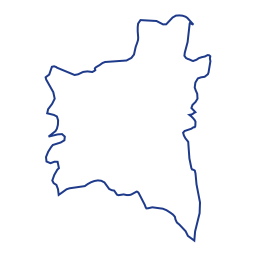 map outline of Al Gharbiyah (Equal Earth projection)
{"feature_id": "EGY-1530", "entity_name": "Al Gharbiyah", "entity_type": "Governorate", "adm_level": 1, "iso_a3": "EGY", "parent_name": "Egypt", "parent_adm1": "", "projection": "equal_earth", "projection_center": [31.057, 30.849], "detail": "fine", "context": "isolated", "style": "outline", "palette": "blue", "viewbox_px": 256, "rotation_deg": 0, "n_neighbors": 0, "source": "natural_earth", "source_scale": "10m", "svg_char_len": 2106}
<svg xmlns="http://www.w3.org/2000/svg" viewBox="0 0 256 256"><path d="M118.4,195.2L117.0,194.7L114.2,190.6L111.8,190.2L109.2,189.0L104.4,182.4L101.3,180.8L97.9,180.4L94.4,181.0L91.1,182.2L87.8,184.0L84.8,186.1L69.5,188.3L66.5,189.3L62.5,192.2L58.7,194.9L58.0,189.2L56.4,184.9L53.7,183.2L52.3,180.5L54.3,174.9L57.3,169.7L58.9,168.2L57.6,161.8L54.5,161.7L50.5,163.2L46.5,161.5L46.0,157.1L48.2,151.7L51.1,147.1L52.8,145.0L60.7,142.5L64.4,140.3L64.8,136.6L62.0,134.1L57.7,134.4L48.6,136.6L55.5,131.1L56.9,128.7L57.9,124.8L58.1,120.3L56.9,116.5L53.8,114.9L47.2,113.3L48.1,109.2L52.1,103.9L54.7,98.7L53.3,92.2L46.2,79.6L45.6,77.3L49.2,74.6L51.9,66.8L54.1,66.3L56.3,67.1L57.0,67.7L74.6,75.0L78.1,74.3L83.2,71.9L87.5,71.4L92.3,72.0L94.5,70.8L95.3,70.1L94.8,68.6L95.1,68.0L96.3,67.0L99.6,65.1L102.5,63.0L105.1,62.0L126.5,60.5L131.4,57.9L134.0,54.5L135.7,46.8L137.0,43.3L138.0,40.1L138.2,37.8L137.7,31.3L137.7,27.2L138.1,23.6L140.5,20.1L156.5,21.0L163.1,24.4L166.2,24.3L172.6,17.5L176.0,15.6L179.4,15.4L182.6,15.7L185.5,16.7L187.3,17.9L193.4,24.6L191.4,23.8L190.9,23.2L190.1,22.6L189.7,23.4L187.6,42.1L184.8,52.6L184.4,55.8L186.0,58.0L187.7,58.9L189.5,59.5L192.3,60.8L193.1,61.0L196.4,59.8L198.9,58.1L202.0,57.1L204.9,56.5L207.6,55.1L209.2,55.3L210.3,56.3L209.9,58.4L210.4,61.3L208.5,72.6L207.8,74.3L204.6,76.8L201.1,77.3L197.9,78.4L195.4,82.5L194.7,87.5L195.8,90.6L197.2,93.7L197.5,98.7L195.5,102.0L192.5,104.9L191.4,108.0L195.4,112.2L193.9,113.0L192.9,113.8L191.6,114.5L189.4,114.9L191.2,116.3L193.1,118.2L194.8,120.3L195.5,121.8L195.3,126.1L194.7,127.2L193.4,127.3L191.4,128.7L184.6,131.0L183.1,132.7L183.9,135.5L185.4,138.3L188.2,141.8L189.4,158.5L191.4,168.2L192.1,169.5L193.5,169.8L194.8,170.6L195.5,173.5L196.5,184.3L200.0,202.5L199.6,213.2L195.1,231.4L194.3,240.6L187.9,235.9L185.6,231.2L179.4,224.6L176.9,222.5L175.5,219.6L174.9,216.8L173.0,214.6L170.7,212.9L166.5,210.2L162.8,208.7L152.3,207.3L147.9,208.3L146.4,208.4L145.6,207.1L144.7,204.7L138.6,192.9L137.5,191.8L136.6,191.6L131.5,194.4L130.1,194.9L127.9,195.1L126.3,195.0L123.7,194.4L118.4,195.2Z" fill="none" stroke="#1e3a8a" stroke-width="2"/></svg>